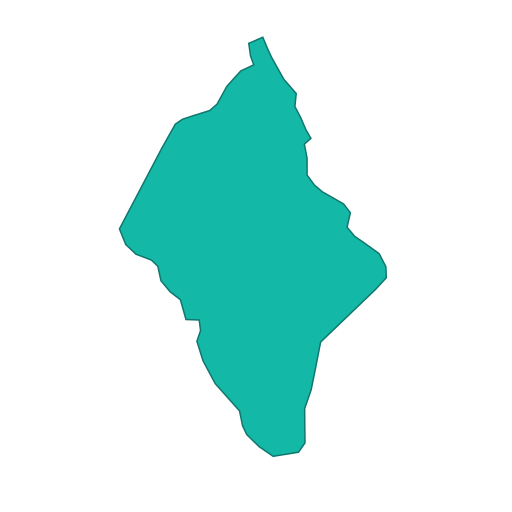 outline of Vertente do Lério, Pernambuco, Brazil, rotated 245°
{"feature_id": "56859067B33631559697819", "entity_name": "Vertente do Lério", "entity_type": "district", "adm_level": 2, "iso_a3": "BRA", "parent_name": "Brazil", "parent_adm1": "Pernambuco", "projection": "mercator", "projection_center": [-35.812, -7.778], "detail": "fine", "context": "isolated", "style": "filled", "palette": "teal", "viewbox_px": 512, "rotation_deg": 245, "n_neighbors": 0, "source": "geoboundaries", "source_scale": "gbopen_adm2", "svg_char_len": 919}
<svg xmlns="http://www.w3.org/2000/svg" viewBox="0 0 512 512"><g transform="rotate(245 256 256)"><path d="M65.9,221.4L82.7,229.0L97.1,235.6L111.4,249.4L129.1,262.5L150.7,278.2L175.2,350.2L181.2,364.9L191.5,369.2L206.1,368.6L221.1,360.2L232.2,353.7L243.6,350.7L255.3,359.8L266.1,357.4L286.2,343.2L295.7,338.9L307.7,336.5L323.3,343.7L337.0,347.1L339.4,355.5L349.2,354.6L362.8,355.0L375.0,354.4L386.2,361.1L404.4,355.9L428.9,354.1L438.3,354.1L451.4,354.6L451.8,339.3L439.7,335.6L430.2,334.7L430.2,320.5L426.2,310.9L422.0,301.1L416.7,293.9L410.1,284.9L407.4,275.5L409.6,259.2L411.0,247.0L409.6,238.6L393.3,215.9L338.3,143.7L321.4,142.8L308.3,148.0L296.6,159.4L288.2,162.7L273.7,159.4L259.7,163.1L248.3,169.0L228.0,165.7L222.0,177.5L211.8,174.2L203.7,166.4L183.4,163.7L157.6,165.1L122.6,175.6L107.9,172.1L98.1,172.1L81.6,178.4L67.2,186.9L60.2,211.6L65.9,221.4Z" fill="#14b8a6" stroke="#0f766e" stroke-width="1.5"/></g></svg>